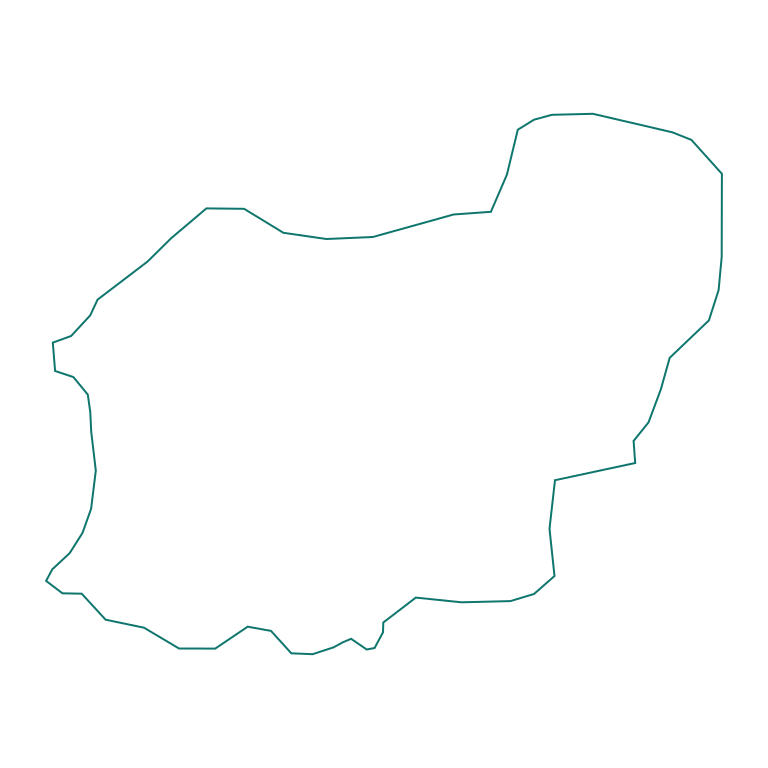 SVG path tracing the border of Usak
{"feature_id": "TUR-3014", "entity_name": "Usak", "entity_type": "Province", "adm_level": 1, "iso_a3": "TUR", "parent_name": "Turkey", "parent_adm1": "", "projection": "natural_earth1", "projection_center": [29.308, 38.549], "detail": "fine", "context": "isolated", "style": "outline", "palette": "teal", "viewbox_px": 768, "rotation_deg": 0, "n_neighbors": 0, "source": "natural_earth", "source_scale": "10m", "svg_char_len": 890}
<svg xmlns="http://www.w3.org/2000/svg" viewBox="0 0 768 768"><path d="M592.9,113.8L672.3,132.3L691.4,139.9L721.9,173.8L721.7,256.9L718.6,290.1L708.9,320.4L669.7,357.8L660.8,389.5L648.5,422.4L633.6,440.9L635.2,463.0L555.0,480.2L549.5,528.8L554.5,576.0L534.0,594.0L510.4,601.1L461.5,602.3L415.8,597.6L383.3,622.5L383.0,632.3L374.6,648.0L366.7,649.5L351.1,638.8L342.6,642.4L333.7,647.3L312.6,654.2L291.3,653.3L271.0,630.9L247.7,626.7L215.2,648.6L179.0,648.5L144.0,627.7L105.6,619.7L81.7,593.7L62.4,593.3L46.1,580.9L52.3,569.3L69.7,553.1L82.5,532.9L91.1,508.8L95.8,470.6L91.2,431.6L90.3,412.3L87.8,394.6L73.4,377.1L55.1,371.0L52.8,342.6L71.1,336.0L90.2,315.4L97.6,299.6L147.6,261.5L171.2,238.2L206.4,208.4L244.1,208.8L283.4,232.8L326.4,239.0L372.8,237.0L453.5,214.5L490.9,211.8L506.9,174.7L517.8,129.7L534.0,119.7L551.9,114.8L592.9,113.8Z" fill="none" stroke="#0f766e" stroke-width="2"/></svg>